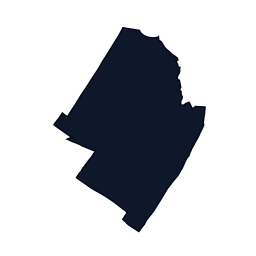 Rojiste, Dolj, Romania, rotated 105°
{"feature_id": "2599482B91976879692627", "entity_name": "Rojiste", "entity_type": "district", "adm_level": 2, "iso_a3": "ROU", "parent_name": "Romania", "parent_adm1": "Dolj", "projection": "robinson", "projection_center": [23.932, 44.069], "detail": "fine", "context": "isolated", "style": "filled", "palette": "ink", "viewbox_px": 256, "rotation_deg": 105, "n_neighbors": 0, "source": "geoboundaries", "source_scale": "gbopen_adm2", "svg_char_len": 3727}
<svg xmlns="http://www.w3.org/2000/svg" viewBox="0 0 256 256"><g transform="rotate(105 128 128)"><path d="M30.8,142.5L31.7,150.8L32.2,155.5L32.2,155.8L32.3,157.5L32.4,158.8L40.2,160.5L45.7,162.2L59.3,166.3L65.0,168.0L70.5,169.8L76.9,171.4L82.2,173.1L87.9,175.0L96.1,177.6L103.7,180.1L109.4,182.1L113.5,183.2L120.2,185.3L124.6,186.8L128.8,188.1L132.6,189.3L132.4,190.6L132.2,191.4L132.0,192.0L131.9,192.3L131.4,193.4L130.5,195.2L136.3,197.2L142.3,199.8L144.1,200.3L146.8,193.1L149.4,186.0L151.1,181.3L151.4,179.8L154.3,183.6L154.5,183.8L154.5,183.6L154.6,182.9L154.6,182.6L155.0,181.2L155.2,180.0L155.5,177.7L155.9,173.6L156.4,170.0L156.5,169.5L156.6,169.3L156.8,168.8L157.1,167.8L157.2,166.7L157.3,166.1L157.2,165.4L157.2,165.0L157.3,164.9L157.5,164.3L157.7,162.7L158.2,158.8L158.5,156.7L158.6,155.4L158.8,153.8L158.8,153.2L159.1,153.3L160.0,153.9L160.8,154.2L161.0,154.3L161.7,154.5L163.0,154.9L165.4,155.7L169.2,157.4L174.7,159.6L177.9,160.9L180.2,161.7L181.5,161.9L182.2,162.2L183.4,162.8L184.8,163.4L187.4,164.3L189.3,164.9L192.8,155.2L195.0,149.3L195.4,148.0L196.5,144.4L197.3,141.2L198.5,136.4L199.7,132.2L200.8,128.9L201.5,126.9L202.2,124.7L203.3,121.8L205.0,117.7L207.8,111.1L208.9,108.4L209.6,106.8L212.2,107.7L214.5,108.4L216.7,109.0L217.6,109.4L217.9,108.8L218.9,106.8L219.5,105.3L220.1,104.8L220.8,103.5L221.6,101.6L222.4,99.2L223.1,96.9L224.0,94.3L224.5,92.9L225.2,90.8L225.1,90.7L221.1,89.2L219.8,88.6L218.3,88.0L216.9,87.4L215.8,87.1L214.4,86.8L212.8,86.5L211.3,86.0L209.4,85.1L207.3,84.2L205.6,83.5L205.4,83.3L205.1,83.2L204.3,83.0L203.9,82.8L203.0,82.4L202.0,82.0L200.0,81.3L196.3,80.2L192.4,79.0L187.5,77.5L184.1,76.5L181.2,75.7L179.1,75.1L178.3,74.9L177.5,74.6L176.9,74.5L176.3,74.4L175.1,73.8L173.9,73.2L173.4,73.0L172.6,72.8L171.8,72.4L171.0,72.0L169.7,71.6L168.7,71.2L168.3,71.0L166.3,70.1L163.7,68.8L162.6,68.4L162.1,68.2L161.7,67.9L161.1,67.6L160.9,67.5L160.6,67.5L158.8,67.0L152.9,65.4L151.3,65.0L150.6,65.1L149.9,64.8L148.9,64.7L146.5,64.3L145.5,64.2L144.7,64.0L143.5,63.7L142.7,63.5L141.8,63.3L139.5,62.3L138.9,62.0L137.9,62.0L135.5,61.8L134.1,61.5L130.8,61.0L129.8,60.7L129.6,60.7L128.2,60.3L127.9,60.2L126.0,59.8L123.1,59.1L119.3,58.1L116.3,57.5L112.4,56.9L111.2,56.6L110.3,56.4L109.5,56.2L108.6,56.2L107.6,56.0L106.9,55.8L106.4,55.7L105.9,55.7L105.4,55.8L104.9,55.9L104.6,56.1L104.3,56.3L103.8,56.6L103.4,56.7L102.4,56.8L101.3,57.0L97.8,57.5L94.7,57.8L92.4,58.2L87.8,59.0L88.6,62.7L89.8,68.5L93.9,71.1L92.5,71.0L89.3,73.9L88.2,74.8L87.5,75.5L87.4,75.6L87.5,75.8L87.7,76.3L88.2,76.8L88.6,77.3L89.3,78.3L90.4,79.3L91.4,80.0L91.8,81.0L92.0,81.9L92.2,82.4L92.1,82.6L92.1,82.8L91.7,83.1L91.1,83.2L90.3,83.6L89.8,84.2L89.4,84.3L89.2,84.0L88.7,83.8L88.4,83.8L88.1,83.8L87.7,84.2L87.3,84.3L87.0,84.1L86.7,83.7L86.3,83.6L85.6,83.6L84.8,83.5L84.6,83.5L84.2,83.5L83.6,83.8L83.0,84.5L82.5,84.9L82.0,85.3L81.1,85.6L80.4,85.8L80.0,86.1L79.7,86.3L79.5,86.2L79.4,86.2L79.2,86.1L79.0,86.4L78.9,86.5L79.0,86.6L79.3,86.9L78.6,87.4L77.6,87.8L77.2,88.0L76.6,88.0L76.2,88.1L75.9,88.1L75.7,87.8L75.4,87.7L75.2,87.6L74.8,87.7L73.4,88.4L68.8,90.7L68.5,90.9L68.5,91.4L68.8,91.8L68.4,92.2L67.7,92.9L66.5,93.5L65.6,93.6L65.0,93.6L64.7,93.6L64.3,93.5L62.9,93.1L61.6,92.8L60.5,92.7L58.0,93.3L56.9,93.5L56.3,93.6L56.1,93.6L56.2,93.9L56.3,94.2L56.3,94.9L56.2,95.3L55.9,95.5L55.1,95.9L54.0,96.4L53.7,96.6L53.4,96.9L52.8,97.4L52.4,98.0L51.7,98.3L51.2,98.5L50.7,98.7L50.1,98.8L49.8,98.8L49.7,98.2L49.7,97.7L49.3,97.4L48.8,98.0L47.7,98.6L46.7,100.9L45.4,104.7L43.3,108.5L42.1,111.2L40.8,113.3L38.9,115.4L37.1,117.2L36.3,118.0L36.0,118.7L35.6,119.9L35.3,121.0L34.8,121.3L33.7,121.5L32.9,121.9L32.1,122.2L32.6,122.5L34.4,126.6L35.2,132.2L34.6,136.6L33.2,139.8L30.8,142.5Z" fill="#0f172a" stroke="#020617" stroke-width="1.5"/></g></svg>